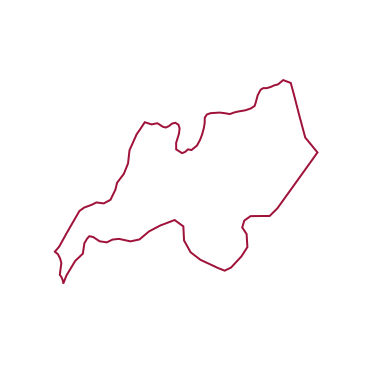 Diamare, Extrême-Nord, Cameroon, rotated 30°
{"feature_id": "32672807B30054475581978", "entity_name": "Diamare", "entity_type": "district", "adm_level": 2, "iso_a3": "CMR", "parent_name": "Cameroon", "parent_adm1": "Extrême-Nord", "projection": "equal_earth", "projection_center": [14.242, 10.617], "detail": "fine", "context": "isolated", "style": "outline", "palette": "rose", "viewbox_px": 384, "rotation_deg": 30, "n_neighbors": 0, "source": "geoboundaries", "source_scale": "gbopen_adm2", "svg_char_len": 1442}
<svg xmlns="http://www.w3.org/2000/svg" viewBox="0 0 384 384"><g transform="rotate(30 192 192)"><path d="M103.1,312.3L107.0,312.9L111.0,315.5L114.4,318.9L118.9,329.8L120.9,330.7L122.4,331.6L125.2,334.0L126.3,335.8L125.0,326.9L125.3,310.1L128.3,300.0L124.4,290.1L124.5,284.7L125.2,281.6L129.0,280.4L136.6,280.9L143.4,278.2L147.0,272.9L152.2,269.1L163.4,265.5L170.2,259.4L171.5,255.8L174.5,247.6L181.3,236.8L190.9,225.0L201.7,226.1L209.3,237.9L220.9,244.9L233.3,246.5L252.0,244.9L259.6,243.8L263.6,237.9L267.0,223.0L267.5,212.0L260.3,201.1L253.2,197.6L251.6,190.6L254.8,183.6L267.3,176.2L271.2,174.0L274.1,163.5L279.1,113.3L280.9,95.0L262.8,88.2L246.2,71.6L230.9,56.0L223.0,48.2L215.0,49.5L212.7,55.8L209.9,58.5L207.7,61.6L204.8,64.7L201.8,66.4L200.3,69.1L200.4,72.0L200.5,75.3L202.4,82.4L203.2,86.2L201.1,90.3L197.2,94.7L192.0,99.0L188.7,102.1L185.8,105.6L181.4,107.2L176.4,109.3L168.7,114.4L166.1,117.5L165.9,121.2L168.5,126.0L170.3,130.7L172.0,137.2L172.9,142.7L173.1,149.2L170.6,155.9L167.2,157.1L166.0,160.7L164.0,163.3L157.0,163.0L153.7,157.4L151.6,148.1L149.4,143.0L146.5,140.5L143.0,140.4L140.6,142.6L139.0,146.6L137.0,149.3L133.9,150.1L129.3,149.8L127.6,149.8L123.1,153.7L116.2,155.2L115.7,163.9L115.2,169.6L117.0,187.1L122.3,199.2L123.9,210.3L122.5,221.4L124.5,228.3L125.3,239.5L121.3,246.0L114.5,248.8L111.4,253.4L106.4,259.4L104.0,264.7L104.0,289.1L104.3,305.6L103.1,312.3Z" fill="none" stroke="#9f1239" stroke-width="2"/></g></svg>